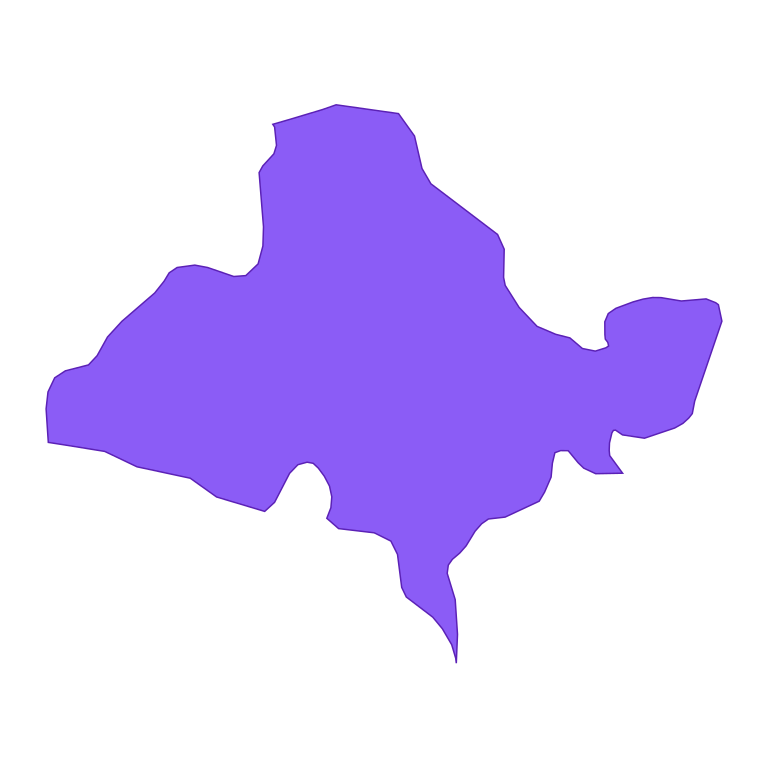 Ocotepeque, Mercator projection
{"feature_id": "HND-653", "entity_name": "Ocotepeque", "entity_type": "Department", "adm_level": 1, "iso_a3": "HND", "parent_name": "Honduras", "parent_adm1": "", "projection": "mercator", "projection_center": [-89.003, 14.47], "detail": "fine", "context": "isolated", "style": "filled", "palette": "violet", "viewbox_px": 768, "rotation_deg": 0, "n_neighbors": 0, "source": "natural_earth", "source_scale": "10m", "svg_char_len": 1611}
<svg xmlns="http://www.w3.org/2000/svg" viewBox="0 0 768 768"><path d="M64.4,444.9L48.3,442.4L46.1,408.9L48.0,391.9L54.7,377.8L65.4,370.8L88.5,364.9L97.1,355.7L107.5,337.0L122.0,321.2L154.7,293.0L164.1,281.2L169.2,272.8L177.1,267.5L194.8,265.1L207.6,267.5L233.8,276.5L245.8,275.6L258.1,263.9L262.9,246.0L263.5,226.9L259.1,172.6L262.8,165.9L273.9,153.8L276.5,145.4L274.6,127.0L272.8,124.3L288.7,119.7L322.4,109.6L336.1,104.8L398.5,113.6L414.5,136.0L422.0,168.5L430.9,183.8L497.6,234.5L504.2,249.2L503.6,277.4L505.2,285.4L519.1,307.4L537.1,326.4L555.7,334.3L569.9,337.9L582.4,348.5L595.3,351.1L605.9,347.8L608.6,346.0L607.8,342.4L605.3,339.1L604.9,334.7L604.8,321.8L608.3,313.5L615.9,308.3L633.1,301.9L643.1,299.1L652.6,297.5L661.0,297.6L681.3,301.0L706.1,298.9L715.7,302.7L718.4,304.7L721.9,321.2L694.7,401.1L692.3,413.6L688.8,418.0L683.0,423.3L674.7,428.0L644.5,438.2L622.5,434.9L615.5,430.1L613.4,430.4L611.9,432.9L609.5,442.9L609.2,450.4L609.7,455.6L622.6,473.2L595.7,473.7L583.8,468.2L578.1,462.7L568.2,450.7L560.6,450.6L554.9,452.7L552.4,463.2L551.1,477.1L544.6,492.1L539.2,501.2L505.1,517.1L488.4,519.0L481.6,523.8L475.1,531.2L466.1,545.9L459.8,553.0L452.4,559.3L448.3,565.1L447.2,573.3L455.2,599.6L457.5,634.4L456.3,663.2L455.7,658.2L451.7,644.7L442.4,628.8L432.8,617.2L406.3,597.0L401.7,587.4L397.5,554.4L390.9,541.1L374.2,532.8L338.6,528.6L326.8,518.3L330.9,507.7L331.8,496.8L329.5,486.1L324.3,476.2L318.3,468.1L313.2,463.3L307.1,462.2L297.9,464.7L289.6,473.3L274.6,502.3L264.7,511.4L216.6,497.0L190.2,478.2L137.0,466.8L104.7,451.4L64.4,444.9Z" fill="#8b5cf6" stroke="#5b21b6" stroke-width="1.5"/></svg>